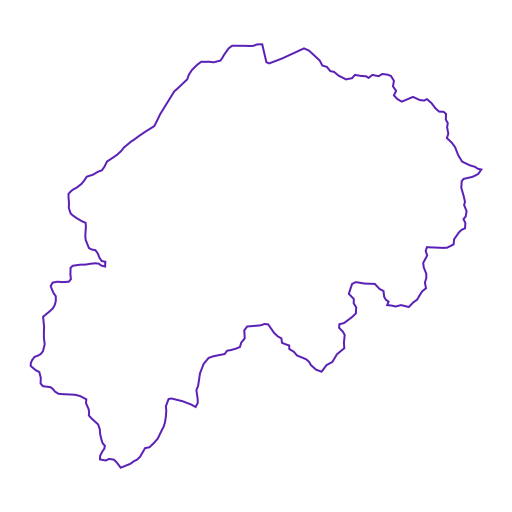 outline of Acauã, Piauí, Brazil
{"feature_id": "56859067B70456575325692", "entity_name": "Acauã", "entity_type": "district", "adm_level": 2, "iso_a3": "BRA", "parent_name": "Brazil", "parent_adm1": "Piauí", "projection": "albers", "projection_center": [-41.014, -8.33], "detail": "fine", "context": "isolated", "style": "outline", "palette": "violet", "viewbox_px": 512, "rotation_deg": 0, "n_neighbors": 0, "source": "geoboundaries", "source_scale": "gbopen_adm2", "svg_char_len": 3764}
<svg xmlns="http://www.w3.org/2000/svg" viewBox="0 0 512 512"><path d="M304.0,48.4L281.8,58.6L269.2,63.4L266.4,62.2L262.2,44.3L257.1,44.4L253.1,45.9L249.3,46.0L244.8,45.8L239.8,45.8L232.2,45.7L228.6,48.4L226.0,52.1L224.0,54.9L222.5,57.6L220.4,60.6L213.6,62.3L208.8,61.7L204.9,61.9L201.3,61.7L197.3,64.7L195.0,66.9L191.7,70.3L188.9,74.6L187.2,79.4L176.8,89.2L174.3,91.3L160.2,114.1L156.9,121.0L154.3,126.1L145.6,131.5L139.0,136.0L133.9,139.8L131.3,141.4L123.9,147.5L121.1,151.1L116.9,154.9L110.3,159.4L107.0,161.5L104.4,166.8L101.9,170.3L97.8,171.8L93.2,174.6L86.7,176.7L84.5,180.1L81.5,183.9L76.6,187.7L72.8,189.7L70.7,191.5L68.5,193.9L68.5,196.9L68.8,200.5L69.0,204.0L68.8,207.4L69.5,210.2L70.8,213.7L72.9,215.5L76.6,218.1L82.0,221.3L85.6,222.8L85.9,226.8L85.6,230.4L85.3,236.6L85.7,239.9L87.1,243.5L88.9,248.0L91.4,249.4L95.4,250.2L97.8,253.5L99.4,257.6L101.6,261.0L105.3,261.8L105.1,266.5L101.4,265.6L98.6,263.6L95.2,263.3L90.1,263.8L85.6,264.6L80.3,264.7L75.7,265.3L72.7,265.8L70.6,267.8L70.4,274.0L70.9,279.1L69.0,281.6L65.1,282.0L61.7,282.1L57.7,281.7L52.6,282.6L50.7,286.1L51.7,288.9L53.5,293.0L55.8,296.3L55.8,301.0L54.7,305.1L52.8,308.4L49.6,311.4L43.1,316.7L43.5,320.8L44.1,326.9L43.9,332.4L43.9,337.8L44.7,344.2L43.0,351.2L40.7,354.1L37.4,355.9L34.6,356.8L32.1,360.1L30.8,363.1L30.7,366.0L35.7,370.2L39.3,372.0L40.8,378.0L40.6,383.5L42.9,386.2L47.7,386.8L50.6,387.2L52.9,389.0L55.0,391.6L58.5,393.8L63.5,394.2L68.1,394.4L74.3,394.7L77.4,395.3L80.4,396.2L86.3,399.3L86.0,403.1L87.4,406.4L88.6,409.0L89.1,411.9L88.9,415.5L91.2,418.1L98.1,424.4L99.8,429.3L100.1,433.8L100.7,436.5L101.5,439.8L102.6,443.2L104.9,445.8L104.3,448.7L102.3,451.6L100.1,455.8L100.0,459.4L105.7,460.5L109.1,458.9L114.0,459.7L116.7,462.4L120.7,467.7L130.8,463.6L134.0,461.1L137.0,459.7L140.0,456.9L145.1,448.1L149.4,447.3L153.4,443.5L157.7,438.7L162.1,429.6L163.5,427.1L164.9,422.7L165.8,417.2L166.3,410.8L165.9,406.2L168.6,399.0L171.5,398.5L182.5,401.2L191.1,404.5L195.6,407.0L197.8,402.8L197.6,398.5L196.4,390.2L198.1,385.9L200.0,373.3L203.6,364.0L208.6,357.9L213.6,356.2L224.7,354.0L227.1,350.7L230.8,350.1L236.4,348.5L240.0,346.9L241.2,342.7L244.7,338.4L244.5,333.6L244.2,330.5L247.1,326.5L260.3,325.4L264.6,324.0L268.2,324.4L274.1,332.9L277.7,336.3L281.4,338.4L282.0,342.8L285.6,344.3L289.2,345.5L289.3,349.0L293.9,351.8L296.9,355.4L306.2,359.3L309.2,362.0L310.8,365.0L316.1,369.7L321.6,371.7L326.5,365.1L332.3,362.0L337.0,354.2L344.3,348.2L343.9,342.9L344.7,335.0L342.9,331.7L339.1,327.8L339.4,324.2L343.9,323.1L346.8,321.0L352.0,317.1L355.9,313.4L356.2,307.4L353.7,303.3L353.8,299.0L348.8,293.8L352.1,283.9L355.9,282.1L364.7,283.6L374.8,283.9L379.6,289.0L383.5,291.0L384.1,296.6L385.9,299.8L388.6,301.6L387.2,305.1L391.9,305.6L395.6,306.5L401.0,305.1L408.8,307.0L413.4,302.3L417.0,299.8L420.2,294.4L422.1,291.4L426.0,288.2L424.9,282.6L426.3,278.1L426.3,273.9L423.7,267.2L423.2,262.9L427.2,255.5L425.7,251.0L426.9,247.2L443.0,247.9L447.1,247.7L453.6,244.4L454.1,239.3L458.9,232.4L461.5,229.9L465.0,228.3L465.4,223.1L463.5,219.1L465.7,216.4L466.6,211.2L464.1,205.0L465.0,201.8L463.5,195.4L461.3,187.7L461.7,181.2L463.6,178.9L472.3,176.9L475.8,175.3L478.3,173.9L481.3,169.5L477.9,168.8L474.9,166.8L469.8,165.3L462.2,161.7L458.2,155.2L455.2,147.4L452.0,142.9L446.9,138.1L448.3,133.8L447.1,127.2L447.8,123.1L445.8,119.6L446.1,114.0L443.6,111.8L439.1,111.6L435.4,108.3L431.5,103.1L426.9,99.1L424.1,100.6L419.7,100.0L413.0,96.9L404.5,100.5L401.7,101.6L397.2,98.9L393.9,95.4L396.1,90.9L393.0,86.4L393.9,80.8L391.0,76.0L387.4,74.6L382.3,74.0L378.6,76.2L372.5,74.9L368.5,77.9L366.2,76.3L360.6,75.9L355.0,74.9L352.0,78.2L348.9,78.8L346.0,79.4L338.4,75.5L334.1,71.9L330.3,71.1L326.9,66.9L322.3,65.5L319.7,60.5L309.0,50.6L304.0,48.4Z" fill="none" stroke="#5b21b6" stroke-width="2"/></svg>